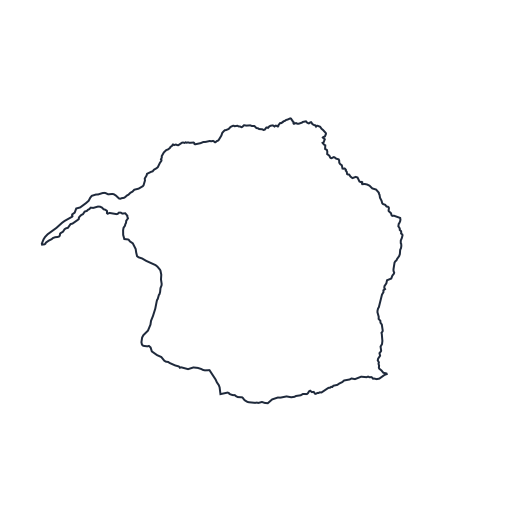 Almaguer, Cauca, Colombia (Robinson projection), rotated 219°
{"feature_id": "7082276B90942286802218", "entity_name": "Almaguer", "entity_type": "district", "adm_level": 2, "iso_a3": "COL", "parent_name": "Colombia", "parent_adm1": "Cauca", "projection": "robinson", "projection_center": [-76.812, 1.912], "detail": "fine", "context": "isolated", "style": "outline", "palette": "slate", "viewbox_px": 512, "rotation_deg": 219, "n_neighbors": 0, "source": "geoboundaries", "source_scale": "gbopen_adm2", "svg_char_len": 6139}
<svg xmlns="http://www.w3.org/2000/svg" viewBox="0 0 512 512"><g transform="rotate(219 256 256)"><path d="M430.2,130.8L429.4,130.2L427.7,132.0L427.4,133.0L427.7,134.0L427.5,134.9L426.7,137.6L425.4,140.5L425.1,142.2L423.9,144.2L422.1,146.0L421.3,147.2L421.3,148.3L422.3,150.1L422.2,150.9L421.3,153.4L421.6,156.4L421.0,158.1L419.9,159.5L420.2,164.1L419.0,165.7L417.2,172.0L417.0,173.3L417.7,174.2L417.9,175.2L417.6,177.9L416.8,179.6L417.1,182.7L415.8,184.6L415.7,186.1L415.0,187.6L414.9,189.5L412.7,191.0L409.9,195.0L408.2,196.2L406.2,196.7L403.8,196.4L402.6,197.0L400.4,197.3L399.9,197.0L398.8,195.5L397.9,195.5L396.9,197.3L390.7,200.8L390.0,201.7L389.9,203.3L388.8,204.3L388.0,204.7L386.6,204.8L384.5,206.9L381.3,206.3L380.9,205.7L379.2,204.7L379.0,201.7L377.9,200.0L377.5,198.2L376.9,197.2L376.7,194.6L375.5,192.4L372.5,188.8L369.0,186.3L365.9,188.3L365.1,188.5L363.2,188.0L359.7,188.3L353.9,185.7L351.3,183.3L348.3,181.0L346.4,181.1L343.0,182.4L338.3,183.1L328.3,185.7L325.9,185.7L321.9,184.9L320.9,184.4L317.8,181.8L315.1,178.0L311.7,174.9L310.9,173.7L310.0,170.9L307.9,167.7L307.0,165.7L307.0,164.7L305.3,160.7L305.3,159.9L304.8,158.6L301.1,151.6L298.3,144.5L296.8,139.6L294.8,136.2L293.0,130.0L293.7,123.6L293.2,121.0L290.8,116.9L288.9,115.4L287.5,115.2L286.5,115.6L283.6,117.4L282.6,118.7L280.4,118.6L276.9,116.3L270.5,116.7L266.0,117.9L261.3,116.9L259.5,117.2L257.5,118.4L255.8,118.5L249.9,120.1L246.7,121.5L245.9,121.6L244.8,121.3L244.6,121.9L243.9,122.5L237.6,125.3L234.5,130.0L230.8,132.4L227.5,133.7L225.5,134.1L223.7,135.0L220.3,138.0L209.7,134.6L206.9,133.2L203.6,132.2L201.6,131.0L196.7,126.3L192.1,132.0L190.8,132.4L189.8,132.1L187.9,132.7L186.3,133.4L185.0,134.5L183.2,134.5L181.4,134.9L177.9,137.4L176.8,137.4L175.0,136.9L173.8,136.8L170.9,137.2L169.6,137.8L164.3,141.3L163.1,142.6L161.7,143.3L159.5,146.3L156.8,147.3L154.2,149.0L153.2,154.7L150.0,159.7L147.8,161.4L143.9,166.1L139.7,168.4L137.5,170.8L136.8,172.4L133.6,175.9L132.7,178.3L129.6,180.7L129.3,182.0L129.6,184.2L129.1,185.4L126.9,185.4L125.6,186.7L123.6,186.1L122.9,186.4L122.0,188.3L121.2,188.9L120.7,190.1L119.2,191.2L117.0,198.3L116.6,199.3L115.6,200.2L115.2,201.7L114.3,202.2L114.2,203.9L111.7,207.0L111.0,209.4L109.6,212.3L109.2,214.7L105.5,219.0L104.7,220.9L101.6,222.6L98.3,228.4L93.8,231.4L93.0,232.8L91.5,233.2L90.1,234.5L89.3,234.6L87.8,234.3L87.1,235.1L84.8,236.2L83.0,238.3L81.3,244.4L80.1,246.5L80.6,246.8L81.2,246.6L83.5,245.4L86.6,246.0L89.3,246.0L90.2,246.5L91.4,248.3L92.9,249.3L93.6,250.7L95.7,251.5L96.5,253.1L96.8,256.6L98.9,258.2L98.9,260.5L99.1,261.1L102.2,264.0L102.6,266.8L104.3,269.5L109.2,274.6L110.1,275.2L110.2,277.1L110.6,277.8L115.1,281.9L117.3,282.5L118.6,283.9L121.1,284.3L122.4,286.0L126.2,288.7L127.1,289.9L128.1,292.0L128.3,293.5L133.8,305.3L134.2,308.1L135.4,309.5L134.9,311.5L136.2,311.9L137.2,313.4L137.5,316.8L138.9,319.6L136.7,323.6L137.7,326.6L137.7,329.0L138.1,330.0L139.7,330.9L140.8,332.2L144.2,338.1L144.4,339.5L144.1,341.0L144.5,342.5L144.7,346.0L145.4,348.0L147.8,351.5L148.3,353.4L149.4,355.3L150.8,356.8L151.6,357.1L153.2,359.1L154.0,361.8L155.1,364.2L155.8,364.8L157.4,364.8L158.1,365.9L158.9,366.6L160.6,366.7L161.7,367.9L164.1,368.7L165.3,370.8L165.4,372.1L165.9,373.8L166.6,375.1L167.9,376.3L174.2,374.1L175.1,373.1L175.9,372.9L176.5,373.1L178.0,374.2L181.1,374.4L181.6,374.8L182.8,376.8L183.5,377.3L184.5,377.3L185.7,376.6L187.8,377.1L190.0,376.3L191.0,376.4L193.3,378.0L196.3,379.3L198.5,381.3L199.7,381.8L200.4,382.5L204.5,383.2L208.2,381.7L212.0,382.1L214.6,381.5L216.8,380.4L218.6,378.7L219.2,378.9L219.8,380.2L220.4,380.2L221.3,379.3L222.5,379.0L226.5,380.9L228.3,380.2L230.0,377.3L230.8,377.2L232.6,377.2L234.8,377.9L236.1,377.1L236.7,377.0L238.6,378.6L240.0,378.8L240.3,379.5L241.5,379.8L242.2,379.8L242.9,378.9L243.8,378.4L246.4,380.5L248.5,380.4L250.0,380.9L251.5,382.6L252.6,383.1L255.0,382.1L256.9,382.1L257.8,381.8L258.9,379.5L259.5,379.2L260.3,379.2L262.1,380.1L264.8,380.0L266.3,382.0L267.6,383.0L269.7,382.7L271.8,385.6L273.3,385.4L275.4,385.8L275.0,386.9L276.0,390.0L278.6,390.1L278.6,390.7L277.7,392.3L278.5,395.0L279.2,395.5L283.2,396.1L285.1,396.1L287.5,396.8L290.2,395.9L290.8,395.2L290.8,394.4L292.1,394.9L292.9,394.4L295.1,394.0L297.3,394.7L297.9,394.1L298.1,392.8L298.7,392.1L300.6,391.8L301.9,392.1L302.2,391.8L304.0,389.6L304.2,388.6L306.1,385.6L307.3,384.7L308.1,384.7L308.7,384.3L309.7,382.6L310.2,382.6L310.6,383.5L311.0,383.7L312.1,383.6L312.9,384.2L314.0,384.3L315.1,384.8L316.0,384.5L317.3,381.9L318.2,380.7L318.7,378.9L319.4,378.0L319.4,377.0L319.7,376.8L319.8,375.4L320.9,374.5L320.9,371.8L320.5,371.2L320.5,370.4L322.2,370.0L322.9,369.5L323.1,368.3L325.1,368.1L326.5,366.6L327.2,365.2L327.3,363.1L328.3,362.9L328.8,362.3L328.7,359.8L329.4,358.7L330.9,358.4L333.5,356.6L334.8,356.5L336.2,355.7L339.0,356.0L341.1,354.4L342.7,353.9L345.5,351.3L347.6,350.1L347.9,347.8L348.3,347.0L349.9,346.6L351.0,345.8L352.4,345.5L354.3,343.4L355.3,343.2L355.9,342.6L357.0,340.3L357.2,337.5L358.6,334.9L359.4,334.1L359.6,332.7L359.7,330.5L358.7,327.8L358.0,322.6L358.2,321.6L358.8,320.6L359.1,318.9L359.6,318.5L361.0,318.6L361.8,318.4L363.1,316.9L364.3,316.3L367.0,312.9L368.7,311.4L370.1,308.8L373.6,304.5L374.2,304.3L375.1,304.9L375.9,304.9L378.8,302.2L380.3,301.5L381.3,300.3L382.2,300.1L382.7,298.9L384.1,298.3L384.8,297.5L386.1,293.2L387.0,292.6L388.4,292.2L389.5,290.6L390.4,290.6L390.8,290.3L390.6,288.7L391.1,287.0L390.9,285.7L391.4,283.5L392.4,281.8L392.8,278.5L392.1,274.3L391.1,273.1L390.7,271.3L389.8,271.1L389.4,270.2L389.3,268.0L388.2,263.2L388.6,261.4L389.6,258.9L389.6,256.7L390.4,255.6L392.4,251.3L391.7,249.7L391.2,246.2L389.8,244.8L387.9,240.2L387.9,239.0L389.6,234.5L392.3,230.9L392.5,228.3L393.4,226.1L393.7,223.3L394.3,222.1L394.8,219.2L395.3,218.0L396.7,216.5L397.5,215.1L398.6,214.5L402.9,214.8L405.4,214.5L406.7,213.8L409.7,210.9L412.6,210.2L413.6,209.6L414.9,208.3L417.4,204.5L419.1,203.0L421.5,199.4L421.5,197.0L420.8,193.6L421.4,190.1L423.2,183.1L425.6,179.8L424.2,175.6L425.0,172.7L424.6,171.9L423.7,171.5L423.6,170.9L426.8,162.8L427.6,159.8L428.8,152.2L431.6,141.8L431.9,138.1L431.6,135.3L430.2,130.8Z" fill="none" stroke="#1e293b" stroke-width="2"/></g></svg>